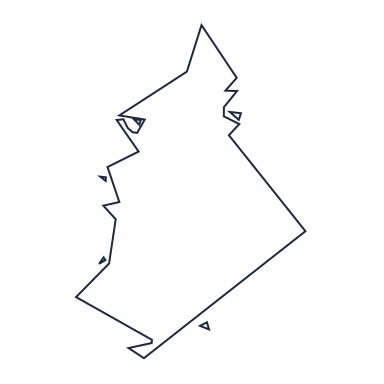 the border of Greenland, rotated 181°
{"feature_id": "GRL", "entity_name": "Greenland", "entity_type": "country or territory", "adm_level": 0, "iso_a3": "GRL", "parent_name": "North America", "parent_adm1": "", "projection": "mercator", "projection_center": [-41.68, 71.708], "detail": "coarse", "context": "isolated", "style": "outline", "palette": "slate", "viewbox_px": 384, "rotation_deg": 181, "n_neighbors": 0, "source": "natural_earth", "source_scale": "50m", "svg_char_len": 748}
<svg xmlns="http://www.w3.org/2000/svg" viewBox="0 0 384 384"><g transform="rotate(181 192 192)"><path d="M237.2,25.0L252.7,34.9L229.7,40.3L229.5,43.5L306.1,84.9L273.7,119.0L267.8,163.4L280.4,176.8L264.5,180.7L276.9,215.5L246.1,231.5L268.6,262.7L261.9,263.5L257.3,254.8L252.4,250.7L247.9,250.1L240.5,263.6L266.0,267.3L199.2,312.3L185.4,359.0L149.3,306.9L160.4,293.9L148.8,293.7L161.6,277.3L161.5,268.2L145.9,260.8L156.1,249.4L77.9,154.8L237.2,25.0ZM146.5,265.0L155.6,272.7L144.4,271.6L146.5,265.0ZM245.9,258.3L251.1,263.5L244.4,263.1L245.9,258.3ZM181.6,58.3L174.8,62.0L172.6,54.9L181.6,58.3ZM283.6,118.6L279.2,125.1L277.4,122.4L283.6,118.6ZM278.5,201.6L283.9,205.7L278.4,205.2L278.5,201.6Z" fill="none" stroke="#1e293b" stroke-width="2"/></g></svg>